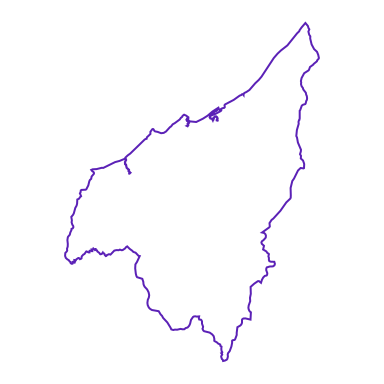 the district of Atacames, Esmeraldas, Ecuador
{"feature_id": "8360857B71031597583616", "entity_name": "Atacames", "entity_type": "district", "adm_level": 2, "iso_a3": "ECU", "parent_name": "Ecuador", "parent_adm1": "Esmeraldas", "projection": "natural_earth1", "projection_center": [-79.87, 0.796], "detail": "fine", "context": "isolated", "style": "outline", "palette": "violet", "viewbox_px": 384, "rotation_deg": 0, "n_neighbors": 0, "source": "geoboundaries", "source_scale": "gbopen_adm2", "svg_char_len": 5967}
<svg xmlns="http://www.w3.org/2000/svg" viewBox="0 0 384 384"><path d="M224.9,360.6L226.7,359.7L227.3,358.9L227.9,356.6L227.7,354.4L228.1,353.1L229.7,351.1L231.4,346.5L232.1,343.0L232.1,340.8L232.5,340.3L234.6,339.9L235.2,339.1L236.7,335.0L236.7,332.8L237.4,327.2L240.2,325.6L241.3,324.5L242.0,322.8L242.0,319.8L242.4,319.1L243.4,318.5L245.4,318.4L250.5,319.6L250.9,312.3L249.8,311.5L249.1,310.3L248.6,309.0L248.4,307.6L248.7,305.5L250.2,301.2L250.0,297.8L250.8,293.9L250.6,286.9L254.2,283.7L257.8,281.2L258.9,281.1L261.0,282.8L261.9,279.9L263.2,277.5L264.8,275.9L266.6,275.5L267.1,274.8L267.3,273.2L266.2,270.1L266.3,268.5L266.8,267.4L269.8,266.5L272.9,266.4L274.4,265.4L274.9,263.9L274.3,261.8L270.8,261.7L269.4,261.2L268.9,260.0L268.9,257.8L268.4,256.4L268.9,254.1L268.5,253.6L267.5,253.1L266.3,251.4L263.1,249.5L264.0,245.8L261.8,243.8L261.4,242.4L261.9,241.3L263.5,240.1L265.5,237.9L265.8,237.3L265.9,235.5L265.4,234.2L264.2,233.0L262.1,232.5L269.2,227.4L269.8,226.5L269.5,223.1L271.6,219.9L273.3,218.6L280.4,210.8L286.3,202.4L290.3,198.6L290.7,197.7L290.8,195.4L290.6,188.0L292.3,181.0L294.0,178.6L298.0,170.5L300.6,168.0L303.6,168.4L304.0,168.1L304.2,164.1L303.9,163.0L303.0,160.5L300.8,158.5L301.0,155.8L300.0,154.2L300.8,151.6L301.0,149.8L297.9,142.5L297.0,137.5L296.3,136.0L296.9,130.0L298.7,123.8L298.5,121.9L299.0,120.1L299.4,119.9L299.7,118.3L299.7,110.7L300.2,110.1L301.8,105.6L303.1,104.7L305.2,104.1L305.6,103.6L306.3,100.8L306.9,99.8L307.1,98.2L306.8,96.0L306.2,94.7L305.8,92.7L303.3,89.5L302.9,88.0L301.6,86.2L301.0,84.1L301.2,82.4L300.9,81.1L301.6,78.0L304.2,73.2L308.4,70.5L309.0,69.8L310.0,67.0L313.3,64.6L313.6,64.0L316.9,61.3L317.2,60.3L318.5,58.9L318.9,58.0L318.2,54.8L317.0,51.8L314.1,49.1L311.6,44.4L310.2,38.5L310.3,36.3L309.2,34.7L308.4,31.6L309.3,29.3L308.5,28.1L307.9,26.0L305.4,23.0L301.6,27.4L299.6,30.2L299.2,31.3L297.1,33.3L287.4,45.4L281.0,50.4L277.6,53.6L273.8,58.0L261.5,76.7L258.8,79.9L255.2,83.3L249.4,90.0L246.4,92.0L244.3,93.0L243.5,94.5L243.5,95.0L242.8,94.1L242.1,94.2L241.3,95.0L239.7,95.6L233.7,99.9L225.1,104.4L224.5,105.2L224.8,107.1L224.3,107.8L222.2,108.3L219.7,109.8L219.7,110.5L220.2,110.6L220.9,110.4L221.3,109.5L221.3,110.4L220.7,111.1L215.6,113.8L210.6,115.8L210.2,116.4L210.1,117.3L210.4,118.0L210.9,118.5L212.3,118.6L212.9,120.1L213.7,117.6L215.2,116.3L216.2,116.3L217.1,117.1L217.7,118.3L216.9,120.2L218.5,120.3L217.3,120.7L216.7,120.4L216.7,119.7L217.4,118.2L216.6,117.0L216.0,116.6L215.4,116.6L214.2,117.6L213.3,120.1L212.9,120.6L212.1,119.0L210.3,118.5L209.6,117.3L209.9,116.3L210.9,115.2L212.1,114.4L214.8,111.5L216.3,111.0L217.3,110.0L218.6,108.3L218.4,107.7L212.5,111.5L207.6,115.7L202.9,118.7L196.2,122.0L190.2,121.4L188.6,120.7L187.4,119.2L187.0,119.1L186.9,119.7L187.2,120.6L189.3,122.2L189.1,122.9L187.9,124.0L188.4,125.1L187.6,126.3L186.8,125.9L187.9,125.4L187.5,123.9L188.8,122.2L187.0,121.0L186.4,119.7L187.1,118.5L188.3,119.1L188.4,117.3L186.1,115.6L184.1,114.7L182.6,115.8L182.2,116.8L180.9,117.8L179.7,119.5L174.7,123.2L172.7,124.3L171.1,126.4L169.9,127.2L166.0,131.5L163.7,132.9L161.1,133.2L157.7,131.9L155.1,131.4L154.5,131.0L153.4,129.2L152.9,129.0L152.2,129.3L150.4,131.8L150.4,134.0L146.9,137.3L146.6,138.8L145.5,139.0L144.6,139.6L130.2,153.6L127.7,155.4L125.3,157.7L125.3,158.1L125.9,158.9L126.2,160.0L125.2,161.8L125.2,163.8L126.1,164.6L126.7,167.7L129.0,169.7L128.6,170.9L129.4,171.3L129.7,171.7L129.3,173.5L130.0,172.6L130.4,172.8L129.5,173.7L129.2,173.7L129.1,173.4L129.3,171.6L128.4,171.0L128.6,169.8L126.6,167.9L125.9,165.0L125.0,164.2L124.9,162.0L125.9,159.8L125.7,158.9L125.2,158.6L119.6,160.9L115.1,162.1L103.3,167.9L101.8,167.8L96.5,169.1L92.7,169.3L91.3,169.9L92.2,171.1L93.5,172.0L94.0,173.0L93.9,173.8L91.6,176.5L91.2,178.8L89.9,180.0L89.3,181.3L88.3,185.4L86.3,189.3L85.6,189.7L81.6,189.9L80.8,190.4L80.5,192.5L79.9,193.3L81.1,196.2L80.0,197.2L79.0,198.7L77.3,199.5L77.1,203.6L76.6,205.6L75.3,207.9L73.8,213.4L73.0,214.9L71.3,216.9L71.9,220.4L71.6,222.3L72.3,224.6L73.2,226.0L73.4,227.1L72.8,228.3L71.5,228.9L71.4,230.2L70.3,232.5L69.8,234.7L68.1,236.7L67.8,237.4L67.4,240.1L67.8,243.9L67.7,246.6L67.0,248.8L67.2,250.6L66.7,251.5L65.3,253.0L65.1,255.9L65.8,257.9L67.5,259.5L68.6,260.0L69.6,261.4L70.4,261.9L70.5,262.8L71.0,263.4L71.9,263.8L72.6,263.6L72.9,263.0L72.6,262.0L72.9,261.8L74.6,262.6L75.1,261.4L74.3,260.4L74.3,260.0L75.9,260.2L76.4,259.3L78.3,258.0L79.0,258.1L79.9,259.2L81.3,258.6L81.6,258.1L81.5,257.3L81.8,256.3L83.4,254.5L84.4,254.1L86.2,251.5L86.6,251.4L88.5,252.4L89.5,252.4L89.6,250.8L90.6,250.5L91.6,251.1L92.2,251.1L91.8,249.5L92.7,249.7L93.3,248.5L94.8,249.9L95.4,249.0L95.7,249.0L96.1,250.1L97.1,250.5L97.3,251.4L99.3,252.9L100.2,254.2L100.7,254.3L101.8,253.9L102.8,252.5L103.2,253.3L104.2,253.5L104.6,254.2L104.7,254.9L105.8,256.1L106.4,255.9L106.7,255.2L109.0,254.2L110.5,254.6L114.3,250.6L116.4,250.1L118.7,250.2L119.9,249.6L121.5,250.2L122.6,250.1L125.0,248.5L126.2,247.0L127.2,246.4L129.6,248.8L132.3,250.8L133.3,251.9L135.6,252.7L138.6,255.9L139.7,256.1L137.0,261.9L135.4,264.4L135.2,268.4L135.8,273.6L136.4,276.0L137.1,277.2L142.3,278.8L143.3,281.8L143.5,284.1L143.9,285.3L144.6,286.7L147.1,289.4L148.6,292.3L149.2,295.2L148.8,297.6L147.8,299.8L147.4,302.9L147.7,305.1L148.8,307.5L150.0,308.8L151.9,310.0L158.7,311.2L160.6,314.4L162.0,315.8L163.1,317.9L167.3,322.4L170.5,327.6L171.3,329.4L173.3,330.0L174.9,329.6L177.2,329.7L180.5,328.9L182.7,329.3L184.4,329.2L185.6,328.1L187.6,327.5L189.2,325.7L190.1,323.7L191.0,319.9L193.0,317.0L193.8,316.5L195.2,316.3L196.8,316.6L199.1,316.4L198.8,318.1L199.2,319.5L200.9,319.7L201.5,320.3L202.0,321.4L202.0,323.7L203.1,326.7L202.8,328.2L202.5,328.8L203.3,330.5L204.1,331.2L209.7,332.6L212.2,334.4L213.7,336.2L214.4,339.2L214.2,340.1L214.4,341.0L216.8,342.3L218.2,343.6L220.2,344.5L220.4,345.9L221.5,346.6L221.3,349.0L221.6,351.1L222.3,352.2L222.1,352.9L221.3,353.2L222.2,354.6L221.2,356.2L221.2,356.8L221.9,359.0L222.8,359.8L223.1,361.0L224.9,360.6Z" fill="none" stroke="#5b21b6" stroke-width="2"/></svg>